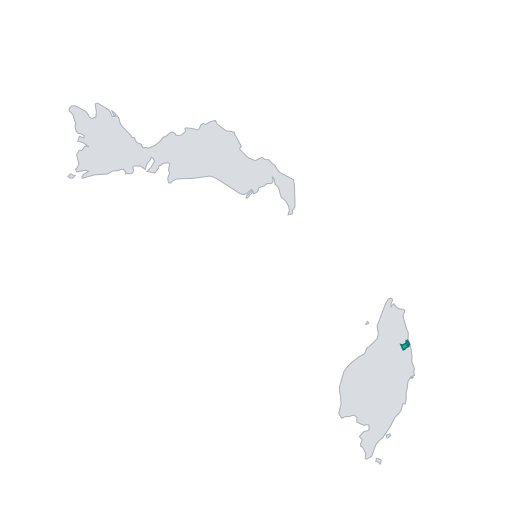 Jasin, Melaka, Malaysia (highlighted), rotated 226°
{"feature_id": "92858781B12493975333595", "entity_name": "Jasin", "entity_type": "district", "adm_level": 2, "iso_a3": "MYS", "parent_name": "Malaysia", "parent_adm1": "Melaka", "projection": "orthographic", "projection_center": [102.436, 2.295], "detail": "fine", "context": "in_parent", "style": "filled", "palette": "teal", "viewbox_px": 512, "rotation_deg": 226, "n_neighbors": 0, "source": "geoboundaries", "source_scale": "gbopen_adm2", "svg_char_len": 5343}
<svg xmlns="http://www.w3.org/2000/svg" viewBox="0 0 512 512"><g transform="rotate(226 256 256)"><path d="M453.2,253.6L450.3,253.1L446.1,250.6L441.9,249.7L429.8,249.8L428.1,249.0L425.7,250.5L421.5,249.3L419.1,249.5L416.4,251.1L412.6,249.7L410.7,252.0L408.3,253.5L405.8,259.8L405.3,267.3L405.9,271.8L404.7,274.4L404.3,279.6L403.4,281.9L400.0,283.0L398.4,282.2L395.4,285.4L394.7,286.7L394.6,291.8L397.0,293.4L396.9,294.5L392.0,298.8L387.6,301.3L387.0,303.4L388.7,307.9L388.0,310.0L385.7,311.1L384.1,316.8L382.0,320.5L381.2,320.9L378.2,319.7L366.6,321.4L363.2,324.5L359.9,326.3L357.3,324.6L356.0,324.7L345.1,321.6L344.6,318.8L343.5,318.4L332.3,318.6L325.3,321.6L322.8,328.9L319.0,329.6L316.3,332.1L311.4,331.9L308.4,332.6L303.6,331.4L299.2,331.3L284.8,336.0L280.1,332.7L266.0,319.9L264.0,317.7L263.6,313.7L262.0,313.0L261.5,312.0L261.2,310.8L263.4,307.6L265.6,311.7L269.1,314.0L275.2,315.6L280.9,315.0L288.8,319.2L291.4,319.8L294.1,319.5L299.1,322.7L302.1,322.8L298.1,320.6L297.4,318.9L297.8,317.0L300.4,314.4L300.7,310.4L302.7,306.5L303.1,304.6L301.6,303.2L301.3,300.8L302.4,297.4L305.1,299.1L307.3,298.7L307.2,292.5L308.9,289.8L311.5,288.0L338.3,281.6L342.7,280.1L345.7,278.2L355.2,265.1L366.4,252.7L367.9,248.3L367.8,245.3L368.4,244.5L369.7,244.1L372.2,245.7L373.5,246.9L376.0,252.1L378.2,252.3L382.0,257.3L382.9,257.9L384.0,257.6L386.8,254.3L387.6,251.9L387.0,251.6L388.3,248.8L387.0,247.1L385.9,240.9L392.5,236.4L392.6,241.5L394.6,248.8L398.0,249.9L399.7,249.4L398.7,247.2L398.3,242.8L397.3,240.0L395.2,236.4L400.8,235.5L404.9,231.5L405.6,229.1L402.8,227.6L401.7,225.8L401.6,223.8L405.9,219.1L406.4,220.4L409.1,220.8L410.5,220.7L412.3,218.8L413.2,216.0L416.5,212.2L418.2,206.1L426.4,196.4L432.7,184.9L434.0,185.9L434.5,188.9L433.2,194.3L436.1,193.0L441.0,185.4L443.9,186.6L443.8,188.7L445.1,192.5L453.5,197.3L454.8,202.2L453.0,204.1L453.8,208.8L453.2,210.3L450.5,211.7L457.9,210.3L462.2,207.5L464.9,212.1L460.7,214.0L461.7,216.0L465.7,214.8L468.1,213.1L470.5,213.4L474.4,215.3L475.5,216.4L476.3,218.6L479.1,219.4L484.9,222.5L490.1,222.4L491.9,224.0L491.9,228.0L489.2,230.5L478.5,233.9L475.7,233.9L471.7,232.7L468.9,233.4L467.2,237.4L470.6,241.3L476.2,245.3L477.0,246.3L476.0,248.3L463.4,251.6L460.7,251.3L456.0,249.4L453.2,253.6ZM31.6,200.0L33.0,194.4L35.0,194.1L37.1,197.4L44.0,199.9L46.1,199.1L47.0,199.6L48.0,200.4L49.9,204.8L54.3,204.9L54.8,211.9L52.8,214.6L52.5,216.4L55.7,219.7L57.6,218.9L59.2,216.0L66.5,213.1L69.5,216.2L72.2,216.2L74.2,215.1L75.7,211.4L78.6,208.5L79.8,204.9L84.0,205.9L85.6,206.6L90.3,214.2L96.5,219.5L101.2,222.5L104.0,225.3L111.8,238.9L112.7,243.4L113.1,250.1L111.9,260.3L110.5,265.4L110.8,267.8L112.8,271.5L112.2,274.9L112.4,285.8L114.8,289.7L121.5,294.5L131.5,315.5L133.2,321.4L132.3,323.6L130.5,324.2L129.0,323.1L128.0,320.2L125.7,317.9L126.0,322.0L121.7,321.5L118.7,322.2L115.2,325.0L113.5,325.1L110.4,319.8L99.2,313.8L95.0,312.2L90.6,307.7L80.8,302.6L74.5,297.7L71.9,294.7L65.5,292.0L62.7,288.8L60.0,287.0L61.5,283.9L60.1,278.0L55.6,272.7L53.4,268.9L49.2,265.2L45.9,260.5L47.9,259.2L44.6,254.2L43.5,250.6L43.5,243.8L40.1,234.2L37.2,220.9L37.7,216.2L37.0,211.2L31.6,200.0ZM441.1,180.5L439.7,181.8L439.2,178.3L441.1,176.4L443.9,176.0L444.0,179.2L443.4,180.1L441.1,180.5ZM25.0,199.4L26.7,202.0L25.4,203.5L24.4,203.2L22.4,204.4L20.3,201.8L20.1,200.6L22.6,200.8L25.0,199.4ZM306.0,297.8L305.2,298.2L304.1,297.3L303.8,289.9L304.6,289.2L305.7,290.7L306.0,297.8ZM36.8,225.2L35.0,228.7L33.2,228.3L33.5,224.3L34.5,223.8L36.8,225.2ZM460.5,253.2L457.2,253.7L454.9,253.7L455.2,251.7L456.3,251.4L460.5,253.2ZM131.5,290.8L129.7,290.8L129.3,289.9L130.6,287.3L131.5,290.8ZM60.6,284.5L59.4,284.9L59.5,283.4L60.4,282.6L60.6,284.5Z" fill="#d9dde1" stroke="#a8b0b8" stroke-width="1"/><path d="M86.2,296.7L86.1,297.1L86.2,297.3L86.2,297.6L85.9,297.8L85.6,298.0L85.6,298.3L85.7,298.6L85.8,298.7L85.8,298.9L85.8,299.1L85.8,299.3L86.0,299.5L85.9,299.7L85.8,299.8L85.9,300.0L85.7,300.3L85.7,300.6L85.6,300.9L85.6,301.1L85.6,301.3L85.3,302.0L85.2,302.3L85.2,302.5L85.0,302.8L84.9,303.0L85.0,303.1L85.3,302.9L85.5,302.9L85.5,303.0L85.8,303.0L86.0,302.9L86.3,302.9L86.5,302.9L86.6,302.7L86.8,302.7L86.8,302.8L86.9,303.0L86.9,303.3L87.0,303.4L87.0,303.5L86.9,303.6L87.0,303.6L86.9,303.7L86.8,303.8L86.7,303.8L86.6,304.0L86.4,304.3L86.2,304.4L86.0,304.2L85.9,304.2L85.7,304.2L85.6,304.3L85.5,304.5L85.6,304.8L85.6,305.0L85.8,305.1L86.0,305.2L86.1,305.3L86.3,305.4L86.4,305.5L86.6,305.4L86.8,305.4L87.0,305.4L87.3,305.5L87.6,305.7L87.8,305.8L88.0,305.9L88.3,305.9L88.5,305.9L88.8,306.0L89.1,306.2L89.3,306.1L89.2,306.0L89.2,305.9L89.1,306.0L89.0,305.9L89.2,305.7L89.3,305.7L89.4,305.8L89.5,305.8L89.6,305.7L89.8,305.7L89.8,305.8L90.0,305.8L90.1,305.7L90.2,305.8L90.2,305.7L90.3,305.6L90.2,305.5L90.3,305.5L90.4,305.4L90.4,305.2L90.2,304.9L90.3,304.9L90.2,304.8L90.2,304.7L89.9,304.7L89.6,304.6L89.5,304.4L89.4,304.4L89.3,304.2L89.2,304.2L89.2,304.3L89.0,304.2L88.9,304.2L88.8,303.9L88.7,303.7L88.8,303.7L89.1,303.5L89.3,303.3L89.4,303.2L89.4,302.9L89.2,302.7L89.3,302.6L89.4,302.3L89.4,302.1L89.4,301.9L89.5,301.5L89.6,301.3L89.7,301.0L89.7,300.9L89.8,300.8L89.8,300.6L89.7,300.4L89.8,300.0L90.0,300.0L90.1,299.8L90.2,299.7L90.3,299.5L90.3,299.4L90.3,299.2L90.5,299.1L90.9,299.0L91.1,299.0L91.8,298.6L91.6,298.5L91.1,298.5L89.7,298.0L87.8,297.5L87.9,297.2L87.7,297.2L86.2,296.7Z" fill="#14b8a6" stroke="#0f766e" stroke-width="1.5"/></g></svg>